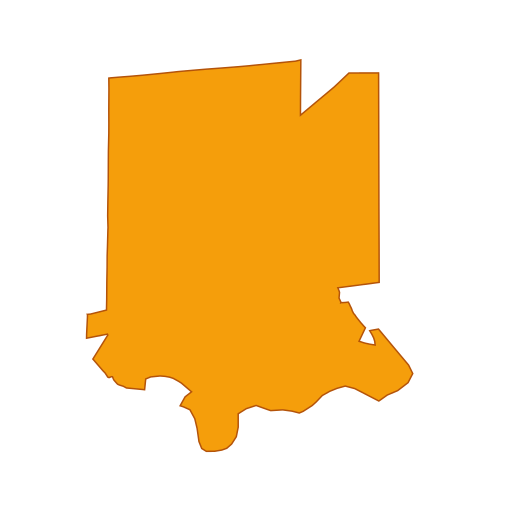 outline of Zadareni, Arad, Romania, rotated 189°
{"feature_id": "2599482B66097007845459", "entity_name": "Zadareni", "entity_type": "district", "adm_level": 2, "iso_a3": "ROU", "parent_name": "Romania", "parent_adm1": "Arad", "projection": "orthographic", "projection_center": [21.215, 46.122], "detail": "fine", "context": "isolated", "style": "filled", "palette": "amber", "viewbox_px": 512, "rotation_deg": 189, "n_neighbors": 0, "source": "geoboundaries", "source_scale": "gbopen_adm2", "svg_char_len": 2335}
<svg xmlns="http://www.w3.org/2000/svg" viewBox="0 0 512 512"><g transform="rotate(189 256 256)"><path d="M248.7,454.3L288.5,443.9L292.6,442.8L302.6,440.3L317.6,436.7L334.6,432.7L354.8,427.7L362.0,425.9L367.4,424.4L380.2,421.0L396.3,416.8L408.8,413.7L417.7,411.6L427.5,409.2L429.2,408.7L427.3,397.4L424.4,378.2L422.0,363.4L420.6,354.3L418.2,336.5L416.7,326.6L415.0,315.6L413.9,308.4L413.0,302.3L410.9,287.2L408.8,272.5L406.6,260.8L406.4,258.9L404.1,241.4L403.1,233.3L401.3,221.5L399.2,206.5L396.7,189.9L395.5,181.2L395.2,179.2L410.5,172.7L413.4,172.0L413.3,171.9L412.9,169.1L411.1,152.5L410.5,148.3L390.5,155.6L390.0,154.7L401.0,128.7L390.4,119.7L388.7,118.3L386.9,117.0L384.5,114.4L383.6,113.3L383.1,113.1L382.1,112.9L380.1,114.1L379.4,114.3L378.9,114.3L378.7,114.0L378.4,113.6L377.9,112.6L376.9,111.2L373.3,108.2L372.7,107.8L372.0,107.5L370.2,107.1L366.7,106.6L363.3,105.4L347.4,106.4L345.1,106.5L345.7,117.3L341.1,120.1L332.0,122.5L328.4,122.8L326.8,122.9L322.3,122.8L318.6,122.2L312.8,120.1L309.8,118.8L298.4,111.8L304.0,105.8L307.5,96.2L304.2,95.7L297.2,93.8L291.0,85.7L287.2,76.5L283.3,63.8L279.5,57.4L274.5,55.3L266.2,56.7L259.4,59.0L254.8,61.5L250.7,66.4L247.2,74.4L247.1,76.4L246.8,84.2L248.9,97.4L241.7,103.7L232.5,108.4L220.8,106.2L217.3,105.6L205.6,108.2L196.2,108.4L188.7,107.7L185.2,109.9L177.1,117.1L173.7,121.3L170.0,126.7L168.7,128.6L162.0,133.9L155.2,138.0L147.5,141.5L137.7,140.5L130.4,138.1L115.3,133.1L112.0,132.0L110.0,133.9L104.5,139.3L95.0,145.2L86.0,154.7L82.8,164.4L88.2,172.1L105.9,187.5L123.6,203.0L130.8,200.5L132.0,200.0L129.3,196.8L126.9,193.4L125.4,190.3L124.4,186.7L126.8,186.7L127.1,186.7L130.0,186.7L132.7,186.9L133.6,186.9L134.6,187.0L135.7,187.1L137.6,187.4L138.7,187.6L140.4,187.8L140.9,187.9L136.7,202.2L138.9,203.9L140.3,205.1L141.8,206.3L143.9,208.2L146.1,210.2L148.0,212.0L148.6,212.8L150.7,214.6L152.2,216.7L152.7,217.5L152.9,218.1L153.9,219.7L155.0,221.2L155.6,222.1L156.2,223.1L157.7,224.9L160.1,224.2L161.8,223.8L163.6,223.4L164.3,223.4L165.0,223.0L165.0,223.8L166.2,225.6L167.4,227.4L167.8,233.1L168.6,234.8L170.2,237.4L130.2,249.2L136.1,285.8L142.0,322.1L161.6,443.9L163.4,455.1L163.6,456.0L165.8,455.6L192.8,451.3L205.1,435.3L207.7,432.3L220.8,417.3L234.1,402.0L236.5,417.5L242.4,456.7L247.5,454.6L248.1,454.4L248.7,454.3Z" fill="#f59e0b" stroke="#b45309" stroke-width="1.5"/></g></svg>